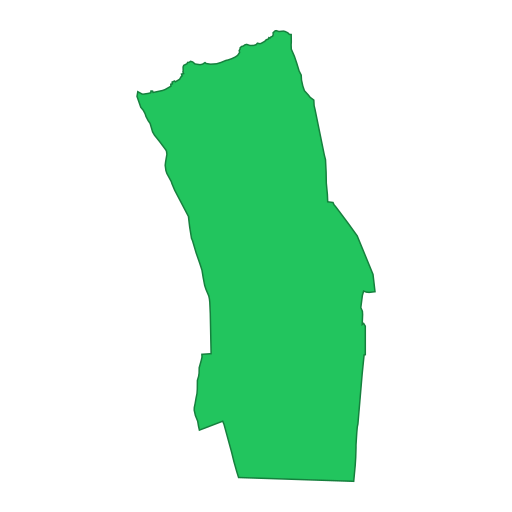 Aana Alofi I, A'ana, Samoa
{"feature_id": "51752279B79579016440908", "entity_name": "Aana Alofi I", "entity_type": "district", "adm_level": 2, "iso_a3": "WSM", "parent_name": "Samoa", "parent_adm1": "A'ana", "projection": "natural_earth1", "projection_center": [-171.93, -13.846], "detail": "fine", "context": "isolated", "style": "filled", "palette": "green", "viewbox_px": 512, "rotation_deg": 0, "n_neighbors": 0, "source": "geoboundaries", "source_scale": "gbopen_adm2", "svg_char_len": 2287}
<svg xmlns="http://www.w3.org/2000/svg" viewBox="0 0 512 512"><path d="M233.9,461.5L236.8,471.8L238.6,477.5L314.3,480.0L353.7,481.3L355.2,465.5L355.7,457.6L356.0,447.8L356.0,444.9L356.8,432.2L357.3,426.8L357.9,424.0L362.2,373.6L364.1,354.9L365.3,354.7L365.3,326.2L363.6,323.4L362.2,324.5L362.6,314.6L362.4,311.3L360.8,307.6L362.4,295.3L363.6,291.1L366.3,292.1L369.1,292.4L375.0,291.7L373.0,274.4L357.2,235.9L348.5,223.8L340.5,213.1L335.5,206.5L334.0,204.8L333.0,202.5L327.7,201.8L327.4,194.6L326.3,183.1L326.1,172.2L325.5,159.7L324.3,155.0L315.0,109.4L314.1,105.6L313.8,100.1L310.1,97.3L308.4,95.1L304.4,90.7L302.8,86.0L301.5,80.1L301.2,75.1L299.1,71.0L296.8,63.4L294.4,56.3L291.3,49.2L291.1,44.8L291.3,42.1L291.2,34.5L289.4,34.4L287.8,32.8L285.1,31.5L283.5,31.1L278.9,31.5L276.4,30.7L275.2,30.8L273.1,32.7L273.2,34.8L272.6,36.2L270.7,37.1L269.9,38.1L268.9,37.6L268.1,39.2L266.3,39.7L264.7,41.4L260.9,43.5L259.7,43.7L257.4,43.2L256.2,44.6L253.9,45.4L250.7,45.5L249.6,45.4L246.7,44.4L245.0,44.8L243.2,46.1L241.5,46.5L240.1,47.9L240.1,49.1L239.2,50.5L239.6,52.5L237.6,55.4L235.3,57.0L231.7,58.7L228.0,60.0L226.0,60.4L220.9,62.5L216.6,63.8L210.5,64.2L206.1,63.5L205.0,62.6L202.5,64.2L200.1,64.7L195.1,64.0L192.7,62.0L190.6,61.3L189.1,62.4L187.7,62.4L186.9,63.8L183.7,65.4L183.1,67.0L183.2,71.1L182.9,71.8L183.6,73.6L181.5,74.1L182.1,75.9L181.1,76.7L179.6,79.3L175.4,81.8L174.5,81.0L172.1,82.1L172.4,83.8L170.8,84.2L170.9,86.3L170.3,86.6L165.0,89.6L162.5,90.5L153.1,92.5L152.6,91.1L151.0,91.0L150.7,92.8L148.4,93.4L143.1,94.2L142.0,94.0L137.8,91.7L137.0,96.4L140.8,107.3L143.3,110.3L145.1,113.7L146.0,116.5L148.2,120.7L150.1,123.4L152.6,131.9L154.5,135.2L159.4,141.3L165.9,150.0L166.5,151.3L166.9,154.3L165.6,161.9L165.2,165.3L165.9,170.5L166.9,173.5L171.3,181.6L172.0,183.8L174.7,190.2L188.7,216.9L188.5,217.0L189.7,227.1L191.5,238.3L192.5,240.6L196.2,253.1L199.7,263.1L202.0,270.2L203.1,277.1L204.7,285.5L206.0,289.4L208.8,296.0L209.4,298.8L209.8,302.3L210.3,313.7L211.1,353.7L201.9,354.3L202.0,357.1L201.3,360.2L199.2,367.7L199.1,373.1L198.6,376.4L197.4,380.4L197.3,389.2L197.0,393.5L196.1,397.9L195.1,403.7L194.3,407.5L194.2,410.2L195.4,415.5L197.7,421.2L198.5,426.1L199.4,430.1L222.7,421.2L224.0,424.3L231.7,452.5L233.9,461.5Z" fill="#22c55e" stroke="#15803d" stroke-width="1.5"/></svg>